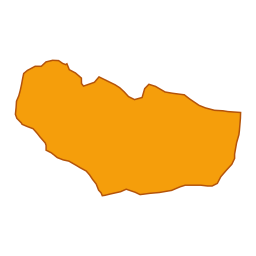 the district of Ujar District, Ucar, Azerbaijan
{"feature_id": "54616110B8701125158325", "entity_name": "Ujar District", "entity_type": "district", "adm_level": 2, "iso_a3": "AZE", "parent_name": "Azerbaijan", "parent_adm1": "Ucar", "projection": "albers", "projection_center": [47.737, 40.438], "detail": "fine", "context": "isolated", "style": "filled", "palette": "amber", "viewbox_px": 256, "rotation_deg": 0, "n_neighbors": 0, "source": "geoboundaries", "source_scale": "gbopen_adm2", "svg_char_len": 1180}
<svg xmlns="http://www.w3.org/2000/svg" viewBox="0 0 256 256"><path d="M46.1,150.2L51.3,152.8L57.3,157.6L63.2,159.9L68.8,161.1L76.5,165.5L80.1,167.7L86.2,171.0L89.6,174.9L92.6,179.4L96.2,184.0L98.6,190.1L101.1,192.9L102.3,195.7L105.0,195.3L109.8,194.1L120.6,191.7L126.2,189.2L135.0,192.2L140.1,194.6L150.1,193.3L159.3,192.5L171.6,190.4L180.1,186.8L185.2,185.2L193.7,185.2L200.8,185.2L207.8,186.0L212.1,186.0L213.7,185.2L217.3,183.4L220.8,176.7L226.4,170.2L231.8,164.3L234.6,158.4L234.6,154.0L236.6,142.7L238.9,134.7L239.4,130.6L240.4,118.5L240.6,112.5L239.4,112.4L227.9,111.6L223.0,110.8L214.5,110.3L205.4,107.9L199.1,105.4L189.7,99.0L184.3,94.8L172.7,93.3L165.1,92.0L155.5,86.4L148.9,84.3L144.7,88.6L142.1,97.5L134.5,99.6L128.5,96.6L124.2,91.9L119.8,87.8L115.1,84.8L99.0,76.9L94.4,82.3L83.5,86.1L81.5,83.5L81.4,78.1L75.5,73.0L69.3,69.7L66.9,63.8L65.7,64.6L62.6,63.4L58.6,60.6L52.6,60.3L46.0,61.9L41.3,66.3L35.1,66.3L27.4,70.4L23.7,73.5L22.8,77.7L21.5,84.7L20.2,90.7L18.8,95.8L16.5,101.2L16.1,107.5L15.4,114.3L16.9,118.4L21.3,122.9L22.1,124.3L27.2,126.5L33.1,128.7L37.5,133.7L40.2,137.2L45.2,142.9L46.1,145.4L46.1,150.2Z" fill="#f59e0b" stroke="#b45309" stroke-width="1.5"/></svg>